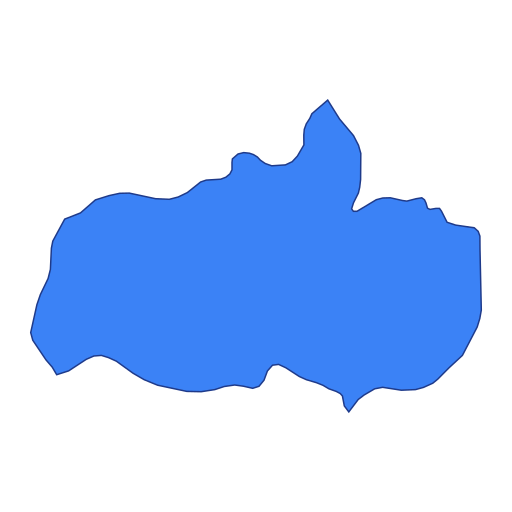 outline of Tungurahua
{"feature_id": "ECU-1289", "entity_name": "Tungurahua", "entity_type": "Province", "adm_level": 1, "iso_a3": "ECU", "parent_name": "Ecuador", "parent_adm1": "", "projection": "mercator", "projection_center": [-78.478, -1.245], "detail": "fine", "context": "isolated", "style": "filled", "palette": "blue", "viewbox_px": 512, "rotation_deg": 0, "n_neighbors": 0, "source": "natural_earth", "source_scale": "10m", "svg_char_len": 1615}
<svg xmlns="http://www.w3.org/2000/svg" viewBox="0 0 512 512"><path d="M327.7,100.1L339.6,119.1L353.5,135.6L358.5,145.3L360.8,153.4L360.6,179.5L359.7,187.3L358.4,193.0L353.5,202.8L351.6,208.9L353.4,211.3L357.0,211.3L376.3,199.7L382.8,198.0L390.4,197.8L402.4,200.5L406.8,201.1L416.2,198.7L421.8,197.8L424.5,199.8L426.0,203.0L427.5,208.2L430.0,209.4L436.0,208.4L439.5,208.4L441.5,211.2L447.1,222.3L455.7,225.1L474.3,227.8L478.2,231.4L479.9,236.1L480.0,249.5L481.3,310.1L479.8,318.5L477.2,327.0L462.4,355.4L448.9,367.9L437.8,379.1L432.8,383.2L423.5,387.4L415.5,389.6L401.3,390.2L382.6,387.3L374.7,388.8L364.1,395.0L358.2,399.5L348.8,411.9L344.3,405.9L342.4,395.9L340.2,393.5L336.2,391.4L328.9,388.8L323.0,385.3L316.5,382.7L306.4,379.7L299.3,376.5L285.9,367.8L278.6,364.4L272.5,365.2L267.4,371.0L264.0,380.2L259.0,386.3L252.7,388.3L243.4,386.2L234.7,385.0L224.2,386.5L214.8,389.6L201.2,391.7L186.8,391.4L157.6,385.2L144.2,379.7L133.0,373.2L116.4,361.2L108.5,357.6L101.4,355.4L93.9,356.0L86.3,359.3L68.6,370.9L56.7,374.7L52.2,367.1L46.0,359.9L32.8,340.3L30.7,332.6L36.9,304.7L40.4,294.5L48.1,278.5L50.4,269.4L51.4,248.2L52.8,241.1L64.7,219.1L80.5,212.9L95.4,199.9L109.1,195.6L119.7,193.3L129.3,193.1L155.5,198.7L169.3,199.3L178.2,197.0L187.3,192.6L200.6,182.0L206.2,180.1L220.7,179.2L225.9,177.2L229.9,173.9L232.0,169.8L232.0,162.4L232.4,158.9L238.0,154.0L243.7,152.6L249.4,153.2L253.5,154.6L257.4,157.0L260.4,160.2L265.2,163.5L271.7,165.8L285.4,164.9L292.2,161.7L297.4,156.1L303.9,144.9L303.8,135.1L304.3,129.3L306.3,123.8L309.8,118.4L311.9,113.7L327.7,100.1Z" fill="#3b82f6" stroke="#1e3a8a" stroke-width="1.5"/></svg>